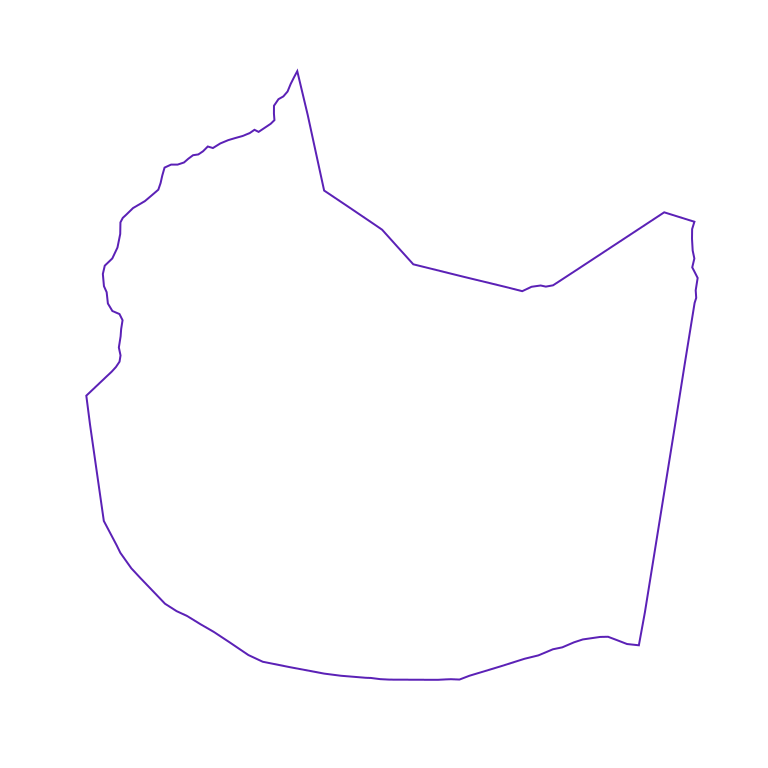 the district of Araripe, Ceará, Brazil, rotated 9°
{"feature_id": "56859067B60365327714715", "entity_name": "Araripe", "entity_type": "district", "adm_level": 2, "iso_a3": "BRA", "parent_name": "Brazil", "parent_adm1": "Ceará", "projection": "robinson", "projection_center": [-40.113, -7.215], "detail": "fine", "context": "isolated", "style": "outline", "palette": "violet", "viewbox_px": 768, "rotation_deg": 9, "n_neighbors": 0, "source": "geoboundaries", "source_scale": "gbopen_adm2", "svg_char_len": 1689}
<svg xmlns="http://www.w3.org/2000/svg" viewBox="0 0 768 768"><g transform="rotate(9 384 384)"><path d="M665.2,175.2L633.9,170.6L560.9,237.1L543.5,252.9L535.5,260.1L528.6,262.5L523.3,262.2L514.5,264.9L506.0,270.7L488.6,269.1L445.3,265.6L394.2,261.2L375.0,245.7L358.0,231.9L348.5,227.4L321.6,214.8L294.6,202.3L280.9,167.1L266.6,130.3L249.4,88.6L247.2,95.0L244.9,102.2L243.0,110.2L239.6,115.7L235.2,119.2L231.8,126.4L233.0,134.2L234.5,140.5L231.4,144.7L220.7,154.6L216.3,153.2L212.2,157.1L205.5,161.2L198.7,164.3L192.0,167.5L184.7,172.0L178.1,177.7L172.8,177.0L168.9,182.4L164.7,186.3L159.6,187.9L155.5,192.1L151.8,196.5L145.8,199.6L139.4,200.6L133.4,204.6L132.4,212.8L131.9,220.5L130.7,227.4L123.1,236.3L119.3,240.7L108.6,249.5L103.0,257.0L100.0,260.8L98.4,265.6L100.0,277.1L99.4,290.9L96.0,302.5L89.7,310.8L89.1,319.3L92.1,331.2L95.7,336.7L98.7,347.7L104.3,354.4L111.8,356.3L115.8,361.9L115.8,370.9L116.4,378.1L116.4,389.4L119.3,397.0L119.3,403.3L116.6,409.1L113.2,414.3L108.7,420.1L91.8,442.1L100.0,470.1L128.7,563.1L145.3,585.3L150.0,592.0L163.3,605.6L173.8,613.8L202.1,635.3L214.7,640.8L225.7,643.9L240.4,650.0L254.7,655.5L262.0,658.8L271.7,663.2L292.4,672.9L307.7,677.3L335.1,678.4L370.2,679.4L387.1,678.9L412.2,677.0L417.0,676.4L426.5,676.1L435.8,675.1L483.2,667.8L491.7,666.0L496.3,665.1L504.8,664.1L514.0,658.8L543.2,644.7L565.8,633.4L578.9,627.9L592.3,619.6L601.3,616.2L612.1,609.4L620.3,605.2L637.1,600.0L644.8,598.6L654.0,600.5L664.7,602.8L676.6,602.2L677.4,568.8L677.9,380.6L677.9,317.2L678.1,255.3L678.9,250.1L677.2,242.7L677.2,230.2L673.6,225.2L670.2,220.6L670.9,211.5L668.0,203.9L665.5,192.4L664.1,182.8L665.2,175.2Z" fill="none" stroke="#5b21b6" stroke-width="2"/></g></svg>